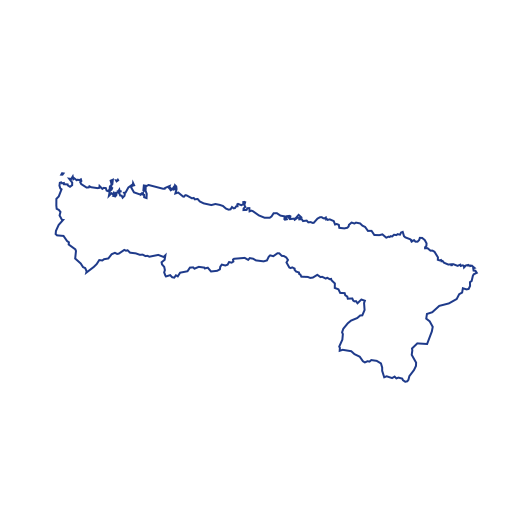 Bolaang Mongondow Selatan, Sulawesi Utara, Indonesia, rotated 202°
{"feature_id": "22746128B14720240696101", "entity_name": "Bolaang Mongondow Selatan", "entity_type": "district", "adm_level": 2, "iso_a3": "IDN", "parent_name": "Indonesia", "parent_adm1": "Sulawesi Utara", "projection": "natural_earth1", "projection_center": [123.982, 0.455], "detail": "fine", "context": "isolated", "style": "outline", "palette": "blue", "viewbox_px": 512, "rotation_deg": 202, "n_neighbors": 0, "source": "geoboundaries", "source_scale": "gbopen_adm2", "svg_char_len": 6094}
<svg xmlns="http://www.w3.org/2000/svg" viewBox="0 0 512 512"><g transform="rotate(202 256 256)"><path d="M115.2,198.1L113.2,200.2L111.2,200.6L110.1,202.7L104.8,204.0L99.9,203.2L97.2,199.8L96.0,196.8L91.7,191.6L89.8,193.4L84.1,193.8L82.3,196.1L80.0,195.1L78.4,196.6L74.5,197.1L73.2,195.9L70.5,195.3L68.8,196.5L68.3,198.3L68.8,202.1L66.8,209.4L66.5,214.0L67.6,217.1L74.6,222.7L75.7,227.0L76.7,228.7L73.7,235.4L64.4,238.5L64.7,251.9L65.6,256.5L70.5,260.5L74.7,261.7L75.8,266.3L71.5,269.9L67.4,278.4L59.4,284.3L53.8,291.3L53.3,296.7L51.2,299.3L52.1,303.6L48.3,303.9L46.5,305.1L46.3,308.4L47.8,311.9L46.7,313.6L47.5,318.9L47.3,320.6L45.0,323.1L47.0,324.5L48.8,324.0L50.0,326.0L49.0,326.8L52.3,327.9L53.6,326.9L54.1,327.4L55.7,326.6L56.0,327.1L57.8,325.9L58.8,323.4L59.6,324.8L60.8,324.8L62.4,323.5L63.3,324.5L65.4,322.4L70.1,322.3L71.1,321.8L70.9,320.9L71.5,320.6L72.2,321.3L74.5,320.1L79.2,320.2L81.2,321.3L82.1,320.6L83.0,321.6L84.1,320.7L86.0,320.6L86.8,322.9L92.1,326.8L94.5,327.1L96.2,326.3L99.9,327.5L102.1,326.5L102.5,327.4L101.8,329.2L102.6,331.6L105.5,334.0L108.7,335.0L110.9,334.2L110.7,332.0L111.6,329.8L113.5,329.0L115.4,329.9L117.1,327.6L118.0,328.4L117.5,328.8L119.2,329.3L124.5,329.2L126.2,329.8L129.0,333.3L130.3,332.1L130.5,329.7L132.9,329.3L133.6,328.0L136.0,327.4L137.1,325.1L138.6,324.8L139.2,323.7L140.3,323.6L142.1,321.8L146.9,323.4L149.5,321.5L154.2,319.8L158.3,322.6L161.6,321.2L165.7,323.8L168.7,324.0L171.7,325.2L175.8,324.4L176.9,323.0L179.9,322.8L181.5,319.7L181.2,318.1L181.9,316.4L184.4,314.7L189.3,313.3L190.9,315.9L193.2,315.9L194.5,314.8L197.0,317.5L201.3,317.6L203.2,316.3L204.1,316.8L204.7,316.2L205.7,317.8L206.8,316.3L208.4,316.3L208.7,315.6L208.7,316.4L209.6,316.6L211.2,315.9L213.0,313.7L214.9,308.4L215.8,307.9L218.1,307.9L220.1,306.8L222.3,307.8L225.5,306.0L227.4,307.3L229.6,306.2L230.1,307.2L228.7,308.9L231.9,310.1L233.0,306.9L231.9,307.0L233.7,304.1L234.7,304.9L238.4,302.9L239.9,303.8L238.8,304.9L239.0,305.7L239.9,305.8L242.4,304.4L242.3,302.7L241.2,301.6L242.8,300.5L243.5,300.8L244.2,303.5L248.5,302.6L252.7,303.5L255.7,302.2L256.4,298.5L257.6,296.6L262.3,294.7L268.5,294.7L275.8,296.4L277.3,296.3L278.7,295.0L280.1,297.9L281.9,297.1L282.0,295.2L284.8,293.9L285.3,295.4L284.3,297.5L285.9,298.9L286.2,301.8L287.1,301.8L288.0,301.2L287.1,299.5L288.6,297.6L292.2,297.6L292.7,296.9L291.8,295.2L293.0,294.6L293.5,292.5L294.6,291.8L296.6,292.4L297.1,289.7L298.8,288.7L301.6,288.7L305.4,290.0L308.8,289.8L313.1,289.0L316.5,286.5L324.2,285.2L328.5,285.5L331.5,287.0L334.0,285.6L335.5,286.5L337.0,285.5L343.1,286.2L344.3,285.9L345.0,284.0L345.8,283.8L351.9,285.7L354.2,283.8L354.7,288.2L356.0,290.6L357.5,291.2L356.4,287.5L357.0,286.9L358.2,288.5L358.7,286.2L359.7,285.0L360.6,285.7L360.3,286.8L361.0,287.1L361.1,286.0L362.2,286.5L362.3,288.5L365.8,285.0L365.8,284.2L367.6,283.5L382.2,281.6L383.6,280.0L386.4,279.4L385.0,274.6L384.3,274.2L383.8,276.3L385.0,277.4L383.9,278.1L382.8,275.1L380.6,272.7L379.2,268.7L381.7,268.6L382.6,270.8L383.7,270.6L384.2,271.7L385.0,270.7L384.9,272.6L385.3,271.1L386.8,269.6L393.0,269.3L397.3,272.7L397.3,274.5L395.5,275.9L397.3,277.6L397.0,276.5L400.0,271.7L400.7,266.0L402.0,265.2L400.8,264.2L400.5,262.5L401.5,260.1L403.1,261.6L404.6,261.2L406.3,263.1L407.4,263.1L406.7,264.9L407.6,266.3L408.2,263.2L409.4,262.3L408.3,260.4L408.8,258.5L410.7,258.3L409.9,260.6L411.5,261.5L411.7,259.5L413.5,260.1L414.9,256.7L415.9,261.7L414.8,263.5L414.8,265.9L415.5,264.2L416.4,264.1L416.0,265.7L416.9,267.3L417.5,265.8L416.7,263.0L417.4,260.7L419.0,260.7L420.7,262.7L422.7,262.1L423.6,260.7L427.3,262.3L426.8,260.5L428.2,259.6L434.7,258.0L436.6,258.2L436.7,257.0L438.7,256.0L445.0,257.2L446.6,258.6L446.0,260.1L447.1,261.5L448.2,260.1L449.8,260.0L450.6,259.1L453.8,260.0L454.2,258.9L455.7,261.1L456.2,258.2L458.2,257.7L453.9,255.2L453.0,252.8L454.4,250.5L456.9,251.0L457.5,251.8L460.9,250.6L461.5,251.7L463.0,250.7L464.2,251.3L465.3,250.4L464.6,247.6L462.7,245.3L461.3,245.0L461.2,237.3L462.5,234.2L460.0,227.9L458.5,225.1L456.1,224.9L453.8,223.6L453.3,220.0L449.4,216.8L448.4,217.1L450.6,210.9L450.9,204.4L450.0,201.3L448.2,200.6L442.0,202.5L436.8,199.1L434.6,198.6L434.0,196.5L426.0,194.5L424.8,193.2L422.7,185.9L415.7,183.4L412.2,180.9L409.8,180.8L407.3,178.3L407.1,177.0L402.3,185.1L400.7,188.8L399.8,193.5L396.8,194.3L395.7,196.1L392.0,198.4L390.5,203.6L388.0,206.1L385.5,205.9L384.1,206.8L380.4,212.3L378.5,212.2L377.2,213.2L374.0,211.9L368.5,213.4L364.1,213.6L361.6,214.8L358.5,214.5L356.7,215.5L354.6,215.4L347.0,220.4L341.3,220.5L340.3,222.7L339.3,218.2L341.2,214.8L340.0,213.0L337.0,211.5L335.2,208.8L335.0,206.4L332.7,203.9L331.8,203.3L328.4,206.1L325.8,204.9L323.7,205.3L323.0,208.1L320.9,207.8L320.1,212.1L313.8,216.2L312.9,220.5L310.0,221.9L308.3,221.2L305.0,224.5L299.5,225.9L298.8,225.3L296.3,227.1L291.9,224.8L286.5,227.7L284.5,230.1L285.1,232.7L284.5,235.2L280.9,235.7L279.1,237.3L278.7,240.3L276.1,240.7L274.9,242.4L276.0,244.1L275.3,245.2L265.8,250.0L261.8,249.5L261.0,251.7L257.7,252.4L254.4,251.9L246.9,253.9L244.2,256.0L243.9,260.1L243.1,261.9L239.9,262.3L237.1,266.6L235.4,267.2L232.2,265.8L230.1,266.4L227.4,266.0L224.9,264.3L225.3,261.4L220.8,257.8L219.4,257.8L218.1,259.0L215.5,258.8L215.1,257.7L213.0,256.6L210.0,256.8L209.2,255.5L207.9,255.4L206.2,253.8L200.1,256.0L197.5,256.0L195.2,257.3L192.1,261.5L188.3,260.6L186.8,261.5L182.9,261.2L181.8,262.5L179.0,262.1L177.8,262.9L176.9,261.8L172.6,260.1L171.0,255.9L167.1,256.0L164.1,253.3L159.9,254.8L158.5,253.0L156.2,252.6L154.9,250.8L150.8,252.7L149.2,251.1L147.7,250.8L146.4,251.6L144.2,250.2L142.0,255.1L138.3,255.3L138.2,252.9L135.1,246.6L135.2,240.8L137.1,239.9L138.9,236.4L143.7,231.7L145.7,228.0L147.8,221.3L147.6,217.5L146.2,216.1L144.6,210.8L144.9,203.2L143.8,202.2L142.9,199.5L140.5,201.5L132.0,203.4L128.0,201.9L122.1,201.5L117.5,198.5L115.2,198.1ZM417.3,273.1L419.0,271.4L416.4,267.9L416.1,268.7L417.3,273.1ZM467.0,258.5L465.9,258.9L465.5,260.4L466.8,260.1L467.0,258.5ZM414.1,273.7L413.2,273.0L412.2,274.6L412.6,274.9L412.7,274.1L414.1,273.7ZM406.6,265.0L406.0,264.9L404.9,265.7L406.6,265.0Z" fill="none" stroke="#1e3a8a" stroke-width="2"/></g></svg>